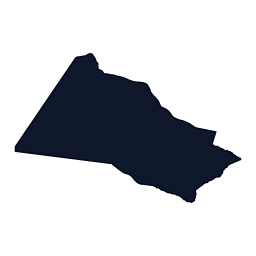 outline of Tupungato, Mendoza, Argentina
{"feature_id": "61730980B55098803042234", "entity_name": "Tupungato", "entity_type": "district", "adm_level": 2, "iso_a3": "ARG", "parent_name": "Argentina", "parent_adm1": "Mendoza", "projection": "albers", "projection_center": [-69.148, -33.277], "detail": "fine", "context": "isolated", "style": "filled", "palette": "ink", "viewbox_px": 256, "rotation_deg": 0, "n_neighbors": 0, "source": "geoboundaries", "source_scale": "gbopen_adm2", "svg_char_len": 4359}
<svg xmlns="http://www.w3.org/2000/svg" viewBox="0 0 256 256"><path d="M240.5,159.5L240.6,158.9L240.1,158.3L239.1,158.0L238.6,157.7L237.7,157.9L237.2,157.4L237.0,156.7L236.3,156.7L235.8,156.4L235.1,155.6L234.4,155.7L234.3,155.0L233.7,155.0L233.1,154.9L233.0,154.2L232.4,153.5L232.0,153.0L230.8,152.5L230.3,151.9L229.7,151.9L228.8,151.5L228.1,151.5L227.7,151.1L227.1,150.6L226.7,151.2L225.8,151.1L225.4,150.9L224.5,150.5L223.8,150.2L223.4,149.5L222.9,149.4L222.5,149.2L221.9,148.7L221.0,148.7L220.4,148.4L219.9,147.9L219.2,147.9L218.8,147.2L218.2,147.0L217.4,146.5L216.7,146.5L215.7,146.7L214.6,146.2L214.0,145.9L213.7,145.5L212.9,145.2L212.3,144.9L211.8,144.6L215.7,132.0L196.1,128.0L194.8,127.4L193.0,126.3L191.8,125.4L190.0,124.2L188.8,123.5L187.5,122.8L185.5,121.9L184.2,121.4L182.1,120.7L180.0,120.3L178.6,119.8L177.3,119.3L175.3,118.4L174.0,117.7L172.3,116.4L171.0,114.6L169.8,112.8L168.4,111.2L167.3,110.2L165.5,109.1L164.2,108.4L162.8,107.8L161.5,107.3L160.5,106.3L159.9,105.0L159.3,103.6L158.7,102.3L157.7,100.4L156.2,98.8L155.2,97.7L154.2,96.7L153.2,95.6L152.3,94.5L151.5,93.3L150.5,92.2L150.0,90.9L149.7,89.4L148.7,87.5L148.0,86.3L147.3,85.0L145.6,83.7L143.5,83.0L142.1,82.7L140.7,82.5L138.5,82.3L137.1,82.3L135.7,82.2L133.5,81.7L132.1,81.3L130.8,80.9L129.0,80.2L128.1,79.9L126.8,79.2L125.5,78.6L124.1,78.1L122.8,77.6L121.4,77.2L120.0,76.9L118.5,76.6L117.1,76.3L116.0,76.0L115.8,75.9L114.4,75.4L113.0,75.1L111.5,75.0L110.1,74.8L108.7,74.5L107.3,74.1L105.8,74.0L104.3,73.9L103.2,73.2L102.6,71.8L101.6,70.8L100.3,70.2L98.9,69.7L97.9,69.3L97.6,63.4L96.0,61.7L95.6,60.3L95.1,58.9L94.4,57.7L93.5,56.5L92.8,55.2L91.9,54.1L90.5,53.8L89.1,54.0L87.8,54.6L86.6,55.4L85.7,55.9L84.5,56.1L78.7,57.1L77.4,57.0L76.2,57.7L75.1,58.7L74.4,60.0L74.1,60.4L51.3,93.9L29.3,126.3L27.1,129.5L16.9,144.6L15.5,146.6L15.6,147.0L15.6,147.3L15.6,147.6L15.6,147.8L15.6,148.0L15.6,148.3L15.6,148.6L15.5,148.8L15.4,148.9L15.4,149.0L15.4,149.4L15.4,149.5L15.5,149.9L15.5,150.0L15.6,150.3L15.5,150.8L15.4,151.0L15.5,151.2L17.9,151.5L18.6,151.6L29.6,153.0L111.9,163.5L113.0,164.5L114.1,165.4L115.2,166.3L116.4,167.1L117.5,168.1L118.6,169.0L119.8,169.8L121.0,170.7L122.1,171.5L123.3,172.3L124.6,172.9L126.0,173.4L127.4,173.7L128.7,174.3L130.0,174.9L131.2,175.7L132.2,176.8L133.1,177.9L134.0,179.0L135.0,180.1L136.0,181.1L137.1,182.1L138.3,182.9L139.6,183.5L141.0,184.0L142.4,184.1L143.8,184.2L145.3,184.4L152.5,185.3L153.5,185.7L154.1,185.8L155.0,186.2L155.6,186.6L156.6,187.2L157.0,187.7L157.6,187.7L158.5,187.5L159.0,187.5L159.3,188.2L159.7,188.5L160.3,188.7L160.6,189.2L161.0,189.6L161.6,189.8L162.0,190.1L163.5,190.2L164.1,190.5L164.7,190.6L165.0,191.1L165.4,191.3L165.9,191.2L166.1,191.7L166.9,192.0L167.6,191.7L167.8,192.4L168.3,192.7L169.0,192.4L169.6,192.7L170.4,193.0L171.0,193.0L171.7,193.3L172.5,193.7L173.0,193.9L173.8,193.8L174.3,193.8L175.2,193.8L176.4,194.9L177.3,194.9L178.3,195.2L178.9,195.6L179.5,195.8L180.0,195.9L180.3,196.5L180.9,196.3L181.3,196.9L181.6,197.4L182.1,197.7L182.8,198.0L183.1,198.4L183.7,198.9L183.8,199.5L184.4,199.6L185.0,199.6L185.3,200.0L186.0,200.1L186.5,200.9L186.8,201.4L187.3,201.4L187.9,201.5L188.5,201.6L189.2,201.3L190.1,201.6L190.6,201.9L191.3,202.1L191.8,202.2L192.3,201.3L193.1,201.2L193.6,201.0L194.3,200.6L194.3,199.7L194.5,198.9L194.8,198.2L195.1,197.2L195.2,196.2L195.4,195.6L195.7,194.6L195.8,193.5L195.6,192.8L195.3,192.2L195.2,191.6L195.3,191.0L195.6,190.3L195.9,189.6L196.5,189.1L197.0,188.7L197.6,188.3L198.7,187.4L199.3,187.0L199.9,186.5L200.5,186.1L201.0,185.6L201.7,185.2L202.3,185.0L202.7,184.3L203.2,183.8L203.8,183.6L204.5,183.3L204.9,182.9L205.4,182.5L206.2,182.3L206.9,182.5L207.6,182.3L207.9,181.2L208.7,180.8L209.3,180.6L209.8,180.6L210.5,180.4L211.3,180.0L211.9,179.6L212.8,179.2L213.2,178.9L214.0,178.2L214.5,177.8L215.4,177.2L216.2,177.0L216.9,176.9L217.7,176.8L218.4,176.9L219.3,176.8L219.7,176.5L220.2,175.9L220.7,175.2L221.0,174.7L221.4,174.1L222.2,173.1L222.5,172.5L222.5,171.5L222.7,170.4L223.4,169.9L223.9,169.5L224.6,168.6L224.7,168.0L225.1,167.7L225.7,167.6L226.4,167.4L226.9,166.9L227.4,166.4L227.6,165.4L227.9,165.0L228.5,164.8L229.5,164.4L229.9,164.0L230.4,163.7L231.2,163.4L231.9,163.2L232.5,162.9L233.1,162.6L233.6,162.3L234.6,161.9L235.2,161.7L235.7,161.3L236.3,161.2L236.8,161.0L237.8,160.7L238.3,160.4L239.0,160.1L240.0,159.6L240.5,159.5Z" fill="#0f172a" stroke="#020617" stroke-width="1.5"/></svg>